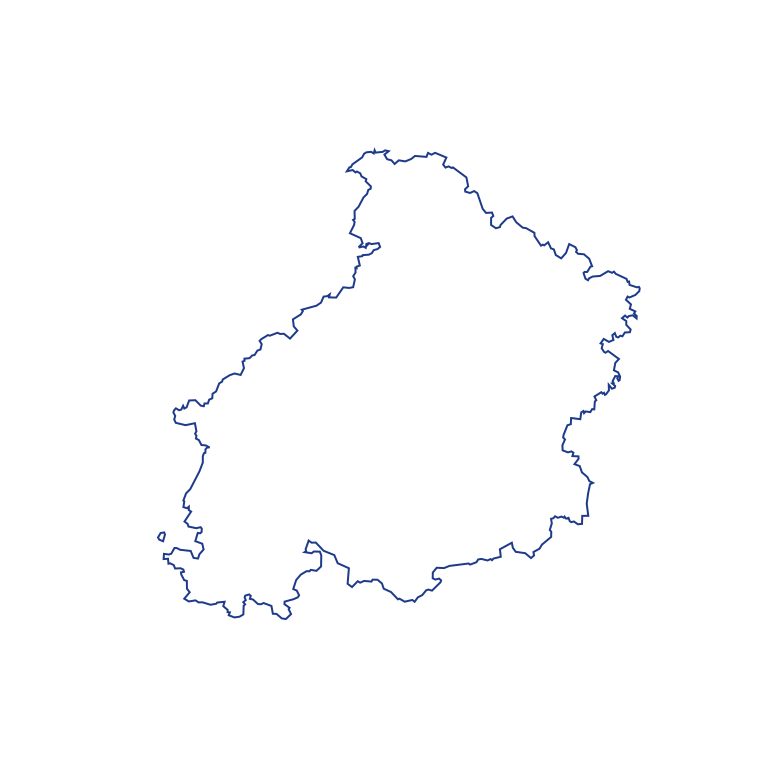 the district of Umbria, Perugia, Italy, rotated 246°
{"feature_id": "23120603B26790412086965", "entity_name": "Umbria", "entity_type": "district", "adm_level": 2, "iso_a3": "ITA", "parent_name": "Italy", "parent_adm1": "Perugia", "projection": "orthographic", "projection_center": [12.541, 42.991], "detail": "fine", "context": "isolated", "style": "outline", "palette": "blue", "viewbox_px": 768, "rotation_deg": 246, "n_neighbors": 0, "source": "geoboundaries", "source_scale": "gbopen_adm2", "svg_char_len": 6167}
<svg xmlns="http://www.w3.org/2000/svg" viewBox="0 0 768 768"><g transform="rotate(246 384 384)"><path d="M272.8,121.8L269.1,114.2L264.7,117.3L263.0,123.8L259.9,125.8L258.4,129.4L252.9,135.7L251.5,141.3L252.2,142.7L249.9,149.8L246.4,146.8L241.2,149.3L239.2,148.3L238.1,150.3L235.9,148.1L231.6,152.4L230.2,157.3L230.7,161.8L238.5,165.6L239.2,167.5L241.9,166.7L242.8,169.8L245.8,169.9L247.1,171.2L246.6,175.2L244.7,176.1L242.3,174.1L240.5,176.6L234.2,179.4L232.8,182.1L232.9,184.9L227.0,190.9L219.3,189.0L217.7,192.3L211.4,195.3L209.2,198.8L211.6,205.5L217.0,205.3L217.9,206.7L223.4,203.5L225.6,204.7L224.2,213.8L224.2,218.5L225.5,220.5L230.7,220.3L233.6,217.7L240.6,224.0L243.7,230.4L244.5,237.1L243.2,239.8L244.0,241.5L240.8,246.3L242.9,252.3L253.0,257.0L256.9,257.2L259.5,251.8L258.8,249.1L262.7,243.1L263.0,244.9L264.9,245.2L271.6,251.5L268.5,253.3L266.9,257.2L256.2,261.0L247.9,269.0L239.1,268.8L230.0,277.0L216.3,269.5L211.5,272.2L214.5,279.8L212.2,281.4L212.2,285.7L208.6,292.2L209.9,294.0L207.8,298.5L202.6,301.0L197.1,300.5L191.1,305.8L181.6,309.2L181.6,310.8L176.7,314.4L175.2,322.0L172.6,323.4L175.3,328.1L175.6,333.1L178.4,338.7L178.1,341.0L175.7,343.8L179.9,355.0L181.4,356.3L183.8,355.2L184.5,351.3L186.7,349.5L191.9,351.9L194.7,357.4L191.4,364.0L191.2,369.8L185.6,388.3L184.0,389.2L183.6,395.9L185.4,398.7L184.6,401.8L180.7,406.8L180.7,410.2L179.1,411.0L180.0,413.0L178.7,420.4L185.9,422.7L187.0,436.2L181.9,435.1L177.1,436.1L172.0,444.2L165.2,447.5L166.3,451.3L169.7,452.2L170.3,459.1L173.0,462.9L176.3,474.5L181.0,476.7L183.2,476.1L188.4,480.6L192.9,481.8L192.5,484.1L193.6,486.5L191.1,488.4L190.7,492.2L188.7,493.9L189.4,495.0L187.1,495.5L186.2,497.4L187.5,498.2L183.1,497.9L181.6,498.9L181.2,501.5L177.0,504.1L175.7,508.0L182.9,511.5L180.5,517.0L192.2,520.5L201.4,526.2L208.7,531.5L208.7,534.6L211.8,532.1L216.3,532.0L222.7,528.9L229.4,529.4L233.3,525.4L236.6,531.4L238.8,532.2L241.5,526.8L244.2,529.1L246.2,527.8L246.7,524.3L250.7,520.2L255.5,522.1L259.7,526.8L262.2,525.9L264.5,527.4L271.7,534.8L271.3,538.3L276.8,541.1L272.0,549.0L277.8,552.6L278.2,555.2L276.0,554.9L276.9,557.1L274.4,561.0L276.4,564.0L275.3,565.8L282.3,569.5L282.8,571.3L287.0,571.2L288.1,579.2L286.3,579.7L286.5,581.4L284.2,581.4L284.3,582.7L286.7,586.9L291.8,589.0L287.0,590.3L286.8,593.3L288.2,594.4L291.8,592.7L291.5,594.2L293.6,594.0L297.2,598.5L295.8,601.1L294.4,599.4L291.5,599.6L291.8,600.9L294.7,602.7L299.4,602.6L303.0,599.6L309.2,603.9L311.3,608.8L323.0,602.1L322.5,599.1L323.8,598.1L328.1,597.4L331.4,600.1L333.0,598.4L335.8,603.1L331.0,606.6L330.9,611.5L335.7,612.4L336.6,615.6L332.6,615.4L331.3,616.9L332.0,619.5L330.6,621.2L333.1,625.0L331.3,629.7L333.5,631.5L339.4,629.4L343.0,630.9L347.3,628.2L348.5,632.0L345.7,633.4L346.5,635.2L345.6,639.2L341.2,641.4L343.4,642.5L346.8,641.1L348.1,643.1L352.7,639.1L356.3,642.0L362.5,639.3L364.8,642.1L363.2,643.4L363.1,649.8L365.0,655.0L367.4,656.5L369.0,656.4L369.5,654.3L374.7,648.6L377.9,649.6L378.2,648.1L381.4,648.3L390.4,640.5L393.1,639.8L392.8,637.6L395.9,634.6L394.8,625.5L397.3,618.3L397.1,614.3L395.8,612.6L398.2,610.9L404.2,611.4L404.8,612.8L403.7,615.2L407.2,620.3L406.9,622.0L415.0,622.4L421.2,619.4L424.0,614.3L426.5,613.2L427.9,614.7L431.1,614.5L436.5,610.1L429.7,603.6L426.7,597.0L431.9,593.4L437.9,593.9L440.0,591.7L446.7,591.6L445.5,586.7L446.7,585.8L446.5,583.7L457.9,581.7L460.9,582.9L468.6,577.2L470.4,574.3L478.0,570.6L484.8,569.6L485.2,563.4L481.9,555.2L480.2,553.7L480.8,549.6L485.8,546.5L492.3,549.5L493.0,552.2L496.7,552.4L498.8,546.8L503.8,545.4L520.4,546.9L523.6,544.8L523.5,540.3L526.7,536.5L528.9,537.2L530.4,541.3L539.2,543.3L553.8,535.1L553.7,533.8L556.5,531.5L556.7,528.2L560.4,527.3L565.5,533.1L574.4,524.7L574.2,520.6L577.2,518.2L574.2,515.2L579.7,505.1L578.5,500.2L578.7,494.0L582.3,488.5L580.7,483.2L585.3,481.8L588.1,478.3L593.4,477.7L594.8,483.0L597.0,480.0L596.6,477.2L598.8,470.5L601.4,470.5L598.8,468.4L601.3,466.7L602.8,462.2L602.5,459.6L599.9,456.2L597.5,444.5L595.6,441.9L596.0,440.5L593.4,436.6L592.2,442.4L588.9,444.0L589.1,445.7L586.1,448.0L582.8,447.9L578.3,451.2L576.6,449.7L569.8,452.4L567.8,451.2L567.7,448.6L564.5,445.8L562.8,441.2L556.3,432.9L554.1,427.5L546.7,424.4L546.5,422.5L544.1,423.1L541.5,421.4L535.6,414.2L526.7,422.1L521.3,421.7L519.6,417.2L518.8,417.2L518.0,421.1L515.8,422.7L519.1,424.9L519.0,426.1L517.8,425.6L518.7,427.7L516.9,429.5L514.9,436.4L510.8,436.2L509.9,432.9L510.5,429.0L508.5,426.2L508.3,422.8L510.4,416.9L509.6,416.2L510.8,411.8L502.1,410.1L502.3,406.6L500.9,406.1L501.7,405.1L497.5,403.4L495.0,399.7L491.5,400.0L485.0,395.2L485.9,391.3L488.9,386.1L482.4,375.5L485.5,369.0L488.0,370.9L487.3,368.0L488.4,364.4L484.0,359.6L483.0,354.2L485.3,339.1L483.6,339.5L481.4,336.4L480.1,327.1L473.3,325.0L468.0,326.6L463.7,316.6L470.6,313.0L472.0,309.4L474.1,307.6L474.6,299.3L475.9,297.9L474.9,290.2L474.0,287.9L470.2,288.5L465.8,285.2L466.0,281.9L463.1,277.5L463.7,275.3L462.3,271.7L463.9,266.8L461.9,266.0L462.0,263.9L455.4,262.5L450.6,256.7L454.4,251.7L454.8,246.6L453.7,238.5L452.0,237.0L451.6,233.7L445.5,227.6L444.8,223.4L440.8,221.3L440.8,217.9L437.9,215.2L439.2,212.1L437.0,210.3L438.8,207.8L445.9,205.1L448.2,199.3L443.0,194.2L442.8,191.6L445.8,191.6L443.1,188.4L443.3,186.2L446.4,184.0L445.2,181.3L443.6,180.0L439.8,180.3L436.9,177.9L433.2,178.0L427.1,186.0L425.1,195.3L417.1,193.4L415.4,191.2L412.9,191.6L410.7,190.0L408.0,192.1L402.5,192.4L400.4,196.2L396.9,198.9L398.0,196.8L396.9,194.3L393.8,192.8L394.0,191.3L391.7,189.1L385.9,186.5L379.3,179.9L366.8,164.3L364.6,158.7L359.1,153.3L358.0,153.8L353.1,150.7L350.6,153.6L351.3,155.8L348.2,154.4L345.9,155.9L339.5,145.8L336.1,147.7L333.3,147.4L328.6,153.9L327.8,158.2L326.0,158.7L323.0,157.2L322.4,155.3L323.7,153.3L317.2,147.7L312.0,153.0L306.2,151.9L303.6,146.2L300.2,143.1L302.6,139.3L310.1,139.5L315.5,130.3L318.4,128.0L319.4,125.9L315.5,120.6L315.7,118.2L318.3,113.9L313.7,111.5L312.2,115.6L307.5,114.0L307.1,115.8L304.0,118.3L300.4,118.1L298.4,123.2L296.1,125.2L293.8,124.9L294.5,121.9L292.4,121.3L286.1,121.7L284.3,123.8L277.1,120.7L272.8,121.8ZM335.7,115.1L333.2,115.4L330.2,118.2L335.6,122.7L337.8,122.8L338.7,119.3L335.7,115.1Z" fill="none" stroke="#1e3a8a" stroke-width="2"/></g></svg>